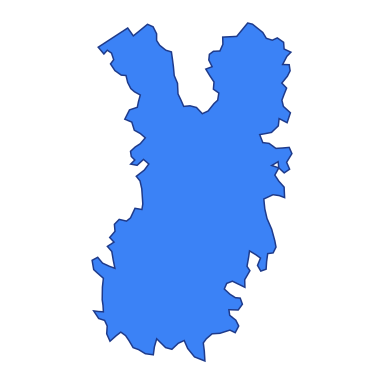 the district of Novo Itacolomi, Paraná, Brazil
{"feature_id": "56859067B16333418565367", "entity_name": "Novo Itacolomi", "entity_type": "district", "adm_level": 2, "iso_a3": "BRA", "parent_name": "Brazil", "parent_adm1": "Paraná", "projection": "robinson", "projection_center": [-51.532, -23.781], "detail": "fine", "context": "isolated", "style": "filled", "palette": "blue", "viewbox_px": 384, "rotation_deg": 0, "n_neighbors": 0, "source": "geoboundaries", "source_scale": "gbopen_adm2", "svg_char_len": 2515}
<svg xmlns="http://www.w3.org/2000/svg" viewBox="0 0 384 384"><path d="M277.3,37.9L272.3,40.2L266.3,38.3L262.8,32.5L252.5,24.2L247.7,23.0L236.7,36.4L222.7,37.1L222.9,44.3L219.9,51.0L213.4,51.3L209.4,54.3L208.8,60.0L212.1,66.7L205.8,69.1L210.0,76.0L214.0,82.0L213.4,89.2L218.8,93.0L217.7,100.2L214.1,103.5L208.1,111.0L202.3,113.7L196.5,107.5L190.0,105.8L183.7,106.4L181.0,100.2L178.0,93.9L177.5,83.3L174.2,75.5L173.4,66.7L172.4,58.9L171.4,51.9L165.8,50.2L159.7,45.3L156.6,40.5L156.6,33.8L153.1,26.8L147.5,24.3L133.3,35.9L127.7,28.0L98.2,47.2L103.9,54.0L107.3,50.2L111.5,53.1L113.7,59.7L110.5,63.9L114.9,70.6L121.2,75.1L126.0,75.5L127.7,82.5L130.8,88.6L134.5,91.8L140.3,95.0L138.5,101.5L137.3,107.3L129.5,109.9L124.8,119.2L131.8,122.1L134.3,130.2L140.3,133.5L145.3,137.8L140.3,143.7L135.3,146.9L130.5,151.3L131.3,156.5L134.8,160.0L130.7,164.1L137.1,165.3L143.5,159.4L148.8,164.0L144.3,170.1L136.3,176.3L140.0,180.9L141.8,188.9L142.8,204.0L141.9,209.5L135.0,208.3L130.5,217.9L126.5,221.1L119.2,219.4L114.4,224.3L115.0,231.3L109.7,237.5L114.0,242.1L107.4,246.4L111.8,251.5L113.2,259.9L114.9,268.3L109.4,266.3L102.5,263.1L97.7,257.3L92.1,260.3L93.7,269.6L97.4,273.0L103.4,278.3L102.4,287.1L102.2,299.8L103.0,305.3L103.4,311.8L98.4,311.5L93.7,310.9L98.7,318.5L104.6,320.4L107.2,326.0L106.7,333.8L110.0,341.2L116.3,335.6L120.8,332.1L125.6,335.6L129.0,340.6L133.1,347.6L138.6,349.6L145.3,353.7L153.3,354.8L154.4,346.8L156.7,338.8L165.6,347.6L171.9,349.3L178.2,343.3L184.2,340.5L187.7,348.5L194.5,356.9L204.9,361.0L204.3,351.1L203.3,342.9L206.3,338.8L212.1,333.8L219.9,333.3L229.9,330.1L235.2,332.7L238.7,326.0L235.8,320.2L229.7,315.3L228.9,309.7L238.2,310.0L242.4,304.2L240.2,298.1L235.4,297.7L229.9,294.2L224.3,289.0L226.7,283.4L232.4,281.2L244.9,287.3L244.7,279.7L249.9,270.7L247.0,266.3L248.7,256.8L249.5,250.9L255.7,254.6L260.5,258.1L257.5,265.4L260.8,271.1L266.1,269.2L266.6,261.6L267.7,253.6L273.1,252.9L276.0,247.1L274.8,240.8L271.7,229.3L267.0,218.5L264.8,208.9L263.8,199.0L273.0,194.7L279.3,195.6L284.6,197.6L284.1,187.1L278.9,181.3L274.8,175.1L278.8,167.9L284.2,172.9L289.6,169.2L286.6,162.3L291.9,153.6L289.2,147.4L282.6,148.0L275.9,148.4L269.1,143.4L262.8,142.6L259.7,134.6L266.0,133.5L271.5,132.4L278.3,125.9L279.1,118.6L287.1,122.7L290.4,112.8L283.4,106.4L281.9,100.2L283.9,94.8L286.6,88.1L281.8,83.1L287.4,76.2L290.1,70.8L289.2,64.7L282.6,64.5L286.9,56.3L290.9,52.2L284.1,49.0L283.6,42.3L277.3,37.9ZM278.8,167.9L271.7,165.5L278.1,161.7L278.8,167.9Z" fill="#3b82f6" stroke="#1e3a8a" stroke-width="1.5"/></svg>